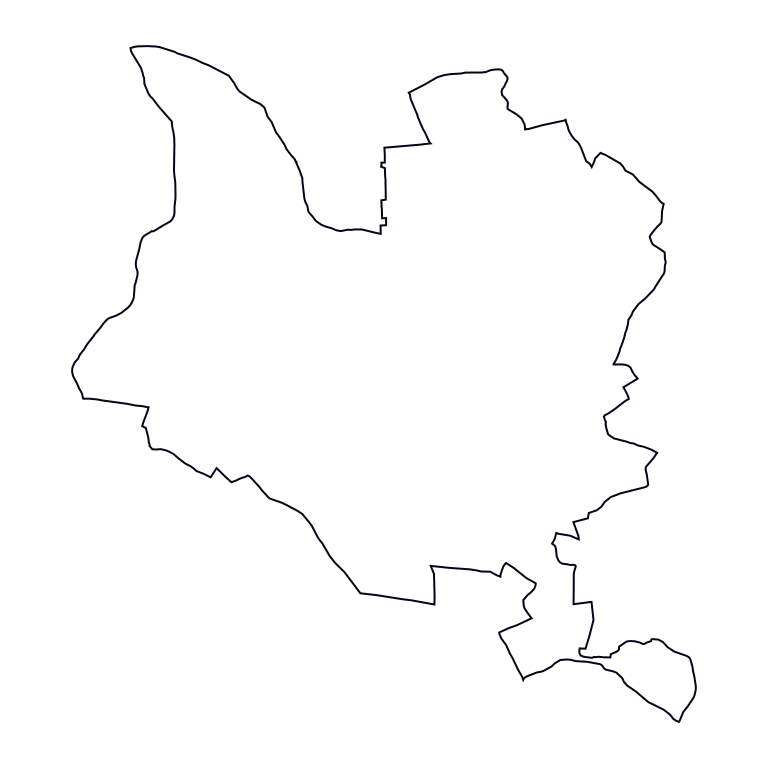 the district of Ploscos, Cluj, Romania
{"feature_id": "2599482B49200001700985", "entity_name": "Ploscos", "entity_type": "district", "adm_level": 2, "iso_a3": "ROU", "parent_name": "Romania", "parent_adm1": "Cluj", "projection": "equal_earth", "projection_center": [23.828, 46.646], "detail": "fine", "context": "isolated", "style": "outline", "palette": "ink", "viewbox_px": 768, "rotation_deg": 0, "n_neighbors": 0, "source": "geoboundaries", "source_scale": "gbopen_adm2", "svg_char_len": 6053}
<svg xmlns="http://www.w3.org/2000/svg" viewBox="0 0 768 768"><path d="M565.6,119.8L564.4,120.5L542.8,125.1L529.3,128.8L525.0,129.4L524.9,126.4L524.4,124.0L521.5,118.4L516.3,114.2L507.8,109.1L507.4,108.0L507.9,103.4L507.6,101.6L506.4,99.7L502.0,94.9L501.6,91.3L502.1,89.3L504.4,86.3L505.2,84.3L507.0,80.9L507.6,78.7L507.5,77.6L506.4,75.8L504.1,73.4L502.8,70.9L501.1,69.7L498.4,69.3L493.5,69.7L489.9,70.4L486.0,72.0L481.7,72.5L465.3,72.6L461.2,73.5L450.8,74.1L444.3,75.1L437.3,77.2L425.0,84.4L408.8,92.7L410.1,95.0L410.3,97.6L411.0,99.9L417.4,115.1L417.7,116.6L420.7,124.0L423.3,129.7L424.9,132.3L428.7,140.7L429.7,142.6L430.5,143.4L420.6,144.6L384.4,147.7L384.8,154.8L384.8,162.6L381.4,162.7L381.5,165.0L381.0,166.7L384.9,168.1L385.1,175.4L385.5,179.9L385.8,199.6L381.3,200.4L381.6,205.1L381.4,206.5L381.8,207.9L382.1,218.3L386.1,218.1L386.1,225.2L380.6,225.5L380.7,233.8L377.2,233.2L362.0,229.5L355.3,229.4L351.2,229.9L348.0,229.7L340.7,231.1L336.4,230.3L330.9,228.0L326.0,226.7L321.4,224.8L315.8,220.9L312.8,216.8L309.4,213.0L308.3,211.2L307.4,206.0L305.3,201.8L304.4,198.5L302.4,181.4L302.4,178.5L299.6,170.4L296.8,164.0L296.4,162.1L296.0,162.2L295.0,159.6L290.9,154.9L286.7,149.4L284.3,144.4L279.6,137.2L275.9,132.1L271.7,122.2L267.5,116.5L264.7,108.2L263.5,106.7L260.2,104.0L251.4,99.7L239.3,91.3L237.3,88.8L234.2,83.2L228.9,75.8L208.9,65.4L202.3,62.8L195.7,59.6L189.9,57.4L177.7,53.5L174.5,51.8L159.5,47.1L155.8,46.5L147.2,46.1L137.4,46.4L134.7,46.8L130.5,48.1L131.0,50.9L131.9,53.0L140.8,67.6L142.5,72.6L143.3,76.2L144.1,77.9L144.4,83.8L148.1,92.9L150.2,96.3L152.4,98.3L158.8,106.7L171.8,121.5L172.2,126.8L173.5,132.6L174.2,137.7L174.4,144.1L174.0,170.6L174.4,175.8L175.3,182.6L175.5,195.4L175.4,199.1L174.5,206.7L174.5,212.4L174.0,216.0L172.0,219.6L170.2,221.5L163.5,225.2L153.5,231.3L151.4,231.2L150.2,232.3L146.0,234.6L143.2,236.7L142.0,238.8L140.4,243.0L139.3,248.9L136.0,261.1L135.8,264.6L136.2,267.5L137.6,271.7L137.5,275.1L135.7,282.6L134.7,285.2L133.9,296.6L133.5,298.8L132.3,301.6L130.8,304.4L128.5,307.2L121.4,312.9L115.7,315.8L108.9,318.2L106.6,320.0L103.3,323.6L100.7,327.3L94.1,335.1L94.1,335.5L87.4,343.9L83.6,350.0L79.9,354.6L78.1,358.7L74.9,362.1L73.0,366.0L72.3,368.3L72.1,371.6L72.7,374.8L73.4,376.7L76.8,383.0L79.4,389.0L81.0,391.5L82.1,394.0L83.2,398.7L89.6,398.7L97.6,399.5L102.1,400.4L127.0,403.8L136.2,405.6L141.1,406.0L148.6,407.3L147.4,411.5L143.3,422.4L142.2,426.2L145.8,427.9L148.3,437.6L148.8,442.2L149.6,444.3L149.5,445.8L152.3,449.3L156.6,449.5L160.5,449.1L165.7,450.3L168.8,451.5L173.9,454.3L178.3,458.2L185.2,463.5L190.7,466.3L194.1,468.8L196.4,471.0L203.8,473.9L210.6,477.3L216.6,468.1L225.2,476.6L231.4,482.2L235.5,480.8L240.5,478.4L245.6,476.7L247.8,475.5L250.0,476.8L251.7,478.5L259.6,487.2L261.7,490.1L268.7,497.7L270.2,498.7L282.0,502.8L285.3,504.4L297.6,510.9L302.3,514.0L309.6,522.8L311.8,525.8L317.5,536.8L319.5,539.9L322.4,543.4L329.6,555.9L335.1,562.9L344.5,572.2L360.4,593.3L376.4,595.1L402.4,599.2L411.4,600.3L434.4,604.5L434.6,596.7L434.0,574.1L430.8,565.9L449.6,567.9L469.2,569.3L475.8,570.2L481.2,571.5L490.2,571.7L497.0,575.4L500.4,576.7L500.5,574.6L503.2,566.7L504.4,564.8L506.1,563.0L513.8,568.0L526.4,578.1L535.7,583.3L535.6,585.3L534.3,588.6L531.3,592.1L527.9,594.7L523.3,600.1L523.7,605.5L524.5,608.2L527.6,613.0L531.6,618.3L516.7,625.3L509.3,627.9L499.3,632.4L499.2,633.5L501.2,638.3L506.2,645.1L509.8,653.4L512.6,658.2L518.0,669.6L522.1,676.7L523.2,679.9L523.8,678.6L524.8,677.6L526.8,676.4L536.8,672.5L541.9,671.5L543.5,670.9L551.5,666.5L555.0,663.2L560.3,660.0L566.6,659.5L570.5,659.7L575.6,661.1L587.1,661.8L599.9,664.1L601.8,665.2L604.0,668.2L605.4,669.5L613.6,671.5L616.6,672.8L621.6,677.5L622.9,679.2L623.8,681.7L627.0,685.4L636.2,691.8L648.3,702.1L663.7,709.7L670.1,714.7L673.4,718.9L675.6,720.5L678.8,721.9L679.4,721.3L680.2,719.5L683.3,711.9L687.4,706.9L693.4,697.9L694.4,695.7L695.6,690.6L695.9,688.0L695.7,685.3L694.1,675.3L693.0,671.0L692.5,666.8L690.4,659.5L689.1,657.3L686.1,655.7L674.3,651.6L667.7,647.3L663.1,642.2L658.4,639.6L652.7,639.1L651.4,639.4L651.0,641.1L646.7,642.6L644.3,644.0L642.8,644.0L639.7,642.5L634.8,641.3L630.1,641.0L626.4,641.6L619.2,646.6L618.9,647.8L619.1,649.4L617.2,651.4L610.8,654.2L610.4,657.4L603.8,657.3L598.7,656.8L594.8,657.2L593.9,656.9L592.6,657.7L591.3,657.8L583.5,656.7L580.6,655.4L579.4,653.0L579.2,651.3L579.7,648.4L585.5,648.7L589.5,635.6L593.5,620.0L591.5,601.9L573.6,604.2L573.8,573.5L574.6,570.0L575.7,566.7L575.7,565.9L575.0,565.2L573.8,564.8L570.3,565.0L567.9,564.4L562.4,563.7L559.9,562.3L558.2,560.0L556.7,556.3L555.9,548.7L555.3,546.5L554.1,545.1L552.1,543.6L554.6,539.3L556.3,533.0L558.7,533.8L570.2,535.7L578.7,539.4L578.4,535.9L573.4,522.1L587.9,518.3L588.8,513.0L596.7,510.3L601.4,506.7L604.8,501.8L610.9,497.0L620.7,493.3L644.5,487.3L646.8,486.4L648.2,484.8L646.8,474.7L645.6,469.4L645.8,467.6L646.2,466.5L653.2,458.5L657.1,452.8L651.0,449.5L644.2,446.9L637.7,445.4L633.8,443.5L630.3,443.0L626.4,441.6L613.9,438.4L608.8,434.9L608.0,434.0L606.4,428.5L605.6,424.6L605.9,421.8L604.9,420.1L603.9,416.5L604.9,415.2L608.1,413.6L614.5,409.3L624.8,401.3L628.8,398.9L628.2,396.6L625.8,391.4L623.4,387.3L637.6,378.6L634.3,374.6L632.6,372.0L630.4,367.4L627.7,365.5L625.1,364.8L621.8,364.4L613.6,364.5L613.5,363.9L614.8,362.1L616.5,359.0L619.4,351.9L620.2,348.5L621.5,345.5L624.3,337.3L625.2,333.2L626.4,330.1L628.1,323.5L628.4,319.7L631.4,315.4L632.9,311.6L638.6,304.0L644.9,298.8L654.1,289.2L655.0,287.3L664.1,273.2L664.6,271.3L664.9,265.3L665.6,263.1L665.6,261.5L664.9,258.5L664.7,252.4L659.5,248.7L653.8,245.2L652.7,244.2L651.6,242.3L649.7,236.9L650.5,235.0L652.5,232.4L657.3,226.6L660.1,224.0L661.3,222.4L661.6,220.9L662.1,210.8L663.7,203.9L661.9,203.0L660.0,201.1L656.2,196.0L652.5,191.7L639.7,182.2L632.8,174.4L625.2,170.5L625.0,169.8L622.8,166.2L620.2,163.4L605.6,155.0L600.5,152.9L595.1,158.5L594.1,161.9L591.7,167.0L589.9,163.9L586.1,161.0L581.3,148.4L579.3,144.4L577.4,141.8L575.4,140.3L574.2,139.0L571.8,135.9L569.7,132.4L568.3,129.2L567.6,126.1L566.2,122.5L565.6,119.8Z" fill="none" stroke="#020617" stroke-width="2"/></svg>